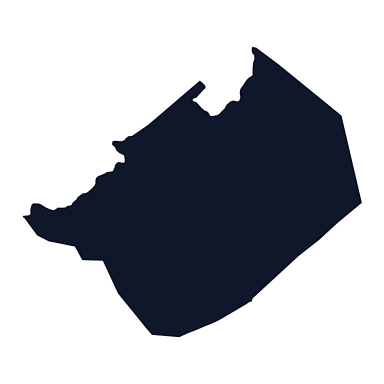 outline of San Pedro Atoyac, Oaxaca, Mexico
{"feature_id": "50627088B39199375573066", "entity_name": "San Pedro Atoyac", "entity_type": "district", "adm_level": 2, "iso_a3": "MEX", "parent_name": "Mexico", "parent_adm1": "Oaxaca", "projection": "robinson", "projection_center": [-97.99, 16.522], "detail": "fine", "context": "isolated", "style": "filled", "palette": "ink", "viewbox_px": 384, "rotation_deg": 0, "n_neighbors": 0, "source": "geoboundaries", "source_scale": "gbopen_adm2", "svg_char_len": 2824}
<svg xmlns="http://www.w3.org/2000/svg" viewBox="0 0 384 384"><path d="M278.3,65.1L258.9,50.6L255.7,48.2L254.6,48.2L253.0,47.6L252.4,48.9L252.6,49.5L252.5,51.0L252.8,52.2L253.4,53.5L255.0,54.5L255.0,55.3L255.1,57.5L255.3,58.8L254.8,60.1L254.5,61.1L253.8,63.2L253.7,65.3L253.4,67.0L253.4,69.1L253.4,71.2L253.2,73.0L253.5,74.4L253.4,75.6L250.4,77.6L248.8,78.7L247.2,80.4L246.3,81.8L244.9,83.7L243.5,86.1L242.3,87.3L241.0,89.6L240.5,92.7L240.7,94.4L241.0,96.5L241.0,98.2L240.5,99.6L239.6,101.3L238.6,102.0L237.0,102.2L235.1,101.6L233.1,101.4L231.2,101.9L229.9,102.9L228.7,103.9L227.3,105.2L226.3,107.0L225.4,108.7L223.7,110.4L222.0,112.0L220.4,114.0L218.9,115.0L217.0,116.1L215.3,116.2L213.8,116.6L212.6,116.7L210.5,116.6L209.4,116.0L208.8,114.8L207.6,112.7L206.4,111.9L205.3,111.6L204.1,111.1L201.9,109.2L200.6,108.0L199.1,106.3L197.9,104.9L197.1,104.0L195.8,102.8L194.6,102.3L192.9,101.9L191.9,100.7L192.1,98.7L193.3,97.9L194.2,97.5L195.8,97.2L196.9,96.0L198.2,94.4L199.9,92.7L201.3,91.2L202.6,89.6L204.3,88.2L204.9,87.1L204.1,85.6L201.8,83.2L200.2,81.9L199.8,81.6L164.1,112.2L148.5,125.5L132.2,136.7L131.7,136.7L130.7,136.8L128.5,137.0L127.4,138.0L126.4,138.7L125.5,140.2L123.6,141.4L121.4,142.0L120.0,142.0L118.2,141.8L116.8,141.6L115.8,141.6L114.6,141.5L113.2,141.9L112.8,144.1L113.9,145.4L115.7,146.8L116.3,148.6L117.2,150.3L120.2,152.7L122.1,153.5L124.1,154.6L125.0,155.6L125.2,157.9L125.5,160.5L125.3,162.5L124.1,163.5L122.7,163.5L121.0,163.3L119.3,162.8L118.3,162.8L116.4,164.4L115.6,165.9L115.5,167.2L114.5,169.1L114.1,170.8L113.3,171.8L111.6,172.2L109.6,172.6L108.2,172.6L107.1,172.8L105.1,174.1L103.4,174.9L101.1,175.9L98.7,176.6L97.7,177.6L96.8,178.4L96.2,180.3L96.2,181.4L96.2,183.8L94.9,186.4L93.1,188.3L91.8,189.6L90.0,191.1L88.2,192.7L86.8,193.4L85.4,194.0L84.4,193.9L82.9,194.2L80.9,195.6L79.9,196.5L78.5,197.3L77.5,198.8L77.1,199.8L75.9,200.9L74.0,202.3L73.1,203.4L72.0,205.5L70.7,206.2L68.5,206.6L67.5,206.7L65.7,208.2L63.9,208.4L57.8,208.4L56.6,209.5L55.3,210.3L53.3,210.9L50.3,210.2L46.4,208.6L41.4,205.6L39.3,204.4L36.3,204.2L34.8,204.1L34.1,204.0L32.7,204.7L31.9,206.2L31.1,209.7L31.2,213.5L30.6,215.3L28.2,216.2L23.0,216.6L24.1,216.9L25.0,217.6L37.6,234.8L48.9,240.6L69.9,244.8L75.5,245.9L76.4,247.7L77.6,249.8L79.3,253.1L81.5,257.1L81.9,257.9L82.7,259.3L83.4,259.4L89.9,259.6L92.2,259.7L97.1,259.8L103.1,260.0L103.3,260.0L110.3,275.1L118.7,293.2L140.7,320.2L140.8,320.3L146.2,327.0L147.2,328.1L151.5,333.2L152.4,334.1L154.5,334.3L156.8,334.5L167.5,335.4L170.9,335.7L179.3,336.4L182.2,335.0L188.4,332.2L192.7,330.6L196.2,329.2L201.9,326.8L203.2,326.2L212.7,322.3L212.8,322.2L215.2,321.2L216.9,320.4L218.8,319.5L246.7,303.0L247.6,302.0L251.1,300.8L252.1,297.8L295.5,257.9L298.4,255.2L318.7,239.3L337.0,222.4L361.0,202.5L340.8,116.0L278.3,65.1Z" fill="#0f172a" stroke="#020617" stroke-width="1.5"/></svg>